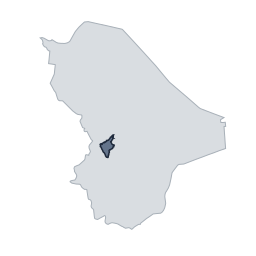 Al-Khalis, Diyala, Iraq shown in context, rotated 188°
{"feature_id": "34846034B19163471253506", "entity_name": "Al-Khalis", "entity_type": "district", "adm_level": 2, "iso_a3": "IRQ", "parent_name": "Iraq", "parent_adm1": "Diyala", "projection": "orthographic", "projection_center": [44.587, 34.084], "detail": "fine", "context": "in_parent", "style": "filled", "palette": "slate", "viewbox_px": 256, "rotation_deg": 188, "n_neighbors": 0, "source": "geoboundaries", "source_scale": "gbopen_adm2", "svg_char_len": 5241}
<svg xmlns="http://www.w3.org/2000/svg" viewBox="0 0 256 256"><g transform="rotate(188 128 128)"><path d="M102.3,34.4L104.2,34.0L107.7,31.1L109.8,28.5L110.4,28.2L112.2,29.2L113.5,29.4L116.5,28.4L118.3,29.0L119.7,29.7L120.6,29.8L124.6,31.5L125.6,31.7L127.6,31.9L130.7,32.0L132.7,31.0L134.1,29.9L135.1,29.9L136.0,30.2L136.8,30.7L137.5,31.5L137.8,32.6L137.7,36.2L138.0,37.2L138.5,37.9L139.2,38.0L140.0,37.2L141.5,36.1L143.3,34.8L144.7,33.7L145.4,33.2L146.6,33.3L147.8,33.5L148.5,34.0L149.1,35.9L150.7,42.3L151.6,43.1L152.7,43.8L153.4,44.7L153.7,45.6L153.6,47.1L153.6,48.8L154.1,50.1L154.7,51.1L155.2,51.6L156.1,51.7L157.0,51.9L157.7,52.9L159.9,60.1L160.1,61.1L161.0,61.4L162.5,61.2L164.0,61.9L165.7,63.1L167.2,65.3L168.2,65.6L171.5,65.3L175.9,65.6L177.9,66.7L177.7,67.4L176.2,68.2L173.4,69.1L172.6,70.7L172.1,72.7L172.2,73.9L172.9,75.1L175.0,77.6L175.1,78.5L175.5,79.7L175.9,80.6L175.5,82.2L173.7,83.4L171.3,84.7L166.6,90.3L166.3,91.4L166.3,94.7L165.9,95.7L164.3,95.7L163.1,95.5L163.1,96.6L162.3,98.2L161.9,99.5L163.7,102.6L164.1,104.3L163.8,105.8L162.2,108.4L161.2,110.2L161.4,110.6L162.7,111.3L166.8,117.0L168.1,119.0L169.8,118.4L170.4,118.5L170.9,118.8L171.2,119.5L171.3,120.3L170.8,121.6L173.0,122.1L173.8,123.4L176.4,127.8L176.3,129.2L175.1,131.3L175.2,132.7L175.4,134.0L175.8,134.4L179.6,134.5L181.2,135.0L185.1,137.2L189.6,140.6L193.3,143.4L196.5,145.8L199.8,145.5L200.7,145.9L201.5,146.7L202.5,148.7L204.6,153.2L206.2,154.6L208.8,158.2L211.3,161.5L209.9,166.2L208.5,171.1L208.7,177.3L208.8,180.6L212.0,180.7L215.6,180.7L215.7,184.7L215.9,188.7L216.1,193.3L217.1,193.4L218.8,194.4L219.6,195.8L220.5,196.6L221.6,196.7L222.7,197.4L223.8,198.7L224.3,199.7L224.0,200.3L224.3,201.5L225.1,203.2L226.0,204.0L227.5,205.0L225.6,205.6L223.5,205.2L219.0,203.4L217.6,203.4L215.7,204.2L215.6,204.9L210.9,202.8L209.2,202.4L208.6,202.4L205.9,202.5L202.1,203.0L199.9,203.9L198.4,205.0L197.7,205.9L197.4,206.4L196.3,209.3L194.9,212.9L193.6,216.2L190.8,220.8L189.2,222.9L185.9,226.9L182.2,227.8L173.7,227.1L164.2,226.4L154.8,225.6L147.8,225.0L147.2,224.8L140.3,219.2L134.9,214.8L128.1,209.2L121.2,203.5L114.3,197.7L109.2,193.5L103.2,188.0L97.7,183.0L93.3,179.1L87.8,175.6L83.4,172.8L77.1,168.8L72.1,165.6L67.8,162.8L61.3,158.5L59.1,157.3L52.2,155.7L45.7,154.2L38.9,152.7L34.4,151.7L37.6,149.0L36.8,146.4L34.6,146.7L32.5,147.2L31.5,143.2L33.1,142.8L32.0,137.5L30.8,132.0L29.7,126.7L28.5,121.3L34.4,118.3L38.7,115.9L44.8,112.7L50.6,109.5L56.2,106.5L62.3,103.1L67.7,100.1L72.6,99.0L73.7,98.0L76.1,93.7L78.1,90.0L78.2,89.1L78.4,83.8L78.9,77.5L79.7,74.2L80.9,71.3L81.9,69.1L82.1,67.1L82.0,65.1L81.1,61.9L80.2,58.7L80.4,55.6L80.6,53.9L81.4,51.3L82.6,49.3L83.8,48.2L88.4,47.1L91.1,46.4L94.7,43.0L96.9,41.1L99.9,37.9L102.2,35.5L102.3,34.7L102.3,34.4Z" fill="#d9dde1" stroke="#a8b0b8" stroke-width="1"/><path d="M141.4,119.1L141.6,119.1L142.0,118.9L142.2,118.6L142.5,118.3L142.6,117.9L142.7,117.6L142.7,117.4L142.9,117.4L143.0,117.4L143.0,117.2L143.2,116.9L143.3,116.9L143.5,116.8L143.8,116.6L144.0,116.5L144.0,116.3L144.1,116.1L144.2,115.9L144.4,115.5L144.5,115.1L144.8,114.7L145.0,114.4L145.1,114.2L145.3,113.9L145.4,113.7L145.5,113.5L145.5,113.4L145.7,113.2L145.8,113.1L146.0,113.1L146.5,113.0L146.7,112.9L146.8,112.9L147.0,112.8L146.9,112.7L147.0,112.5L147.3,112.6L147.5,112.6L147.5,112.3L147.5,112.2L147.4,112.2L147.5,112.0L147.7,111.9L147.7,111.7L147.8,111.6L148.0,111.4L148.2,111.2L148.3,111.2L148.5,111.1L148.9,111.0L148.8,110.6L149.2,110.2L149.7,110.5L150.1,110.3L150.3,110.0L150.6,109.8L150.7,109.7L150.8,109.5L150.9,109.4L151.4,108.8L151.7,108.8L151.5,108.3L151.9,108.3L152.1,108.3L152.5,108.3L153.0,108.4L153.3,107.8L153.2,107.7L152.9,107.6L152.9,107.4L152.9,107.2L152.7,106.9L152.7,106.7L152.8,106.6L152.8,106.4L152.9,106.2L152.8,105.8L152.5,105.7L152.3,105.4L151.9,105.1L151.5,104.6L151.3,103.9L151.1,103.6L150.8,103.3L150.1,102.4L149.6,101.5L149.3,101.0L149.1,100.8L148.7,100.5L148.6,100.4L148.0,100.1L147.6,99.5L147.1,98.8L146.7,98.2L146.5,97.7L146.4,97.3L146.0,96.9L145.8,96.8L145.5,96.3L145.1,96.1L144.5,96.1L144.2,96.0L143.8,96.0L143.7,96.1L143.7,96.3L143.6,96.7L143.6,97.0L143.7,97.5L143.6,98.0L143.7,98.3L143.6,98.5L143.3,98.7L143.3,98.9L143.4,99.1L143.4,99.4L143.4,99.8L143.4,100.2L143.4,100.5L143.3,100.8L143.1,101.2L143.1,101.5L143.2,101.9L143.3,102.0L143.4,102.3L143.5,102.5L143.6,102.8L143.6,103.0L143.5,103.3L143.3,103.5L143.2,103.8L142.6,103.8L142.3,104.1L142.0,104.4L141.8,104.7L141.5,105.0L141.3,105.1L141.2,105.1L140.7,105.4L140.5,105.6L140.5,106.1L140.4,106.3L140.2,106.4L140.1,106.8L140.1,107.1L140.1,107.3L140.0,107.6L139.5,107.6L139.5,108.1L139.6,108.3L139.7,108.6L139.3,108.9L139.5,109.3L139.9,109.3L140.3,109.3L140.8,109.3L141.0,109.4L141.3,109.6L141.5,109.7L141.7,109.9L141.8,110.1L142.0,110.4L142.2,110.6L142.3,110.8L142.4,111.0L142.6,111.2L142.8,111.3L143.1,111.7L143.2,112.1L142.9,112.3L142.7,112.4L142.6,112.5L142.5,112.9L142.5,113.0L142.4,113.5L142.1,113.9L141.9,114.4L141.7,114.5L141.6,115.0L141.6,115.4L141.6,115.7L141.6,116.0L141.3,116.0L141.6,116.2L141.7,116.3L141.9,116.4L142.0,116.5L142.1,116.8L142.1,117.0L141.9,117.1L141.6,117.2L141.5,117.3L141.4,117.3L141.4,117.6L141.5,117.9L141.5,118.3L141.5,118.5L141.5,118.8L141.4,118.9L141.3,119.1L141.4,119.1Z" fill="#64748b" stroke="#1e293b" stroke-width="1.5"/></g></svg>